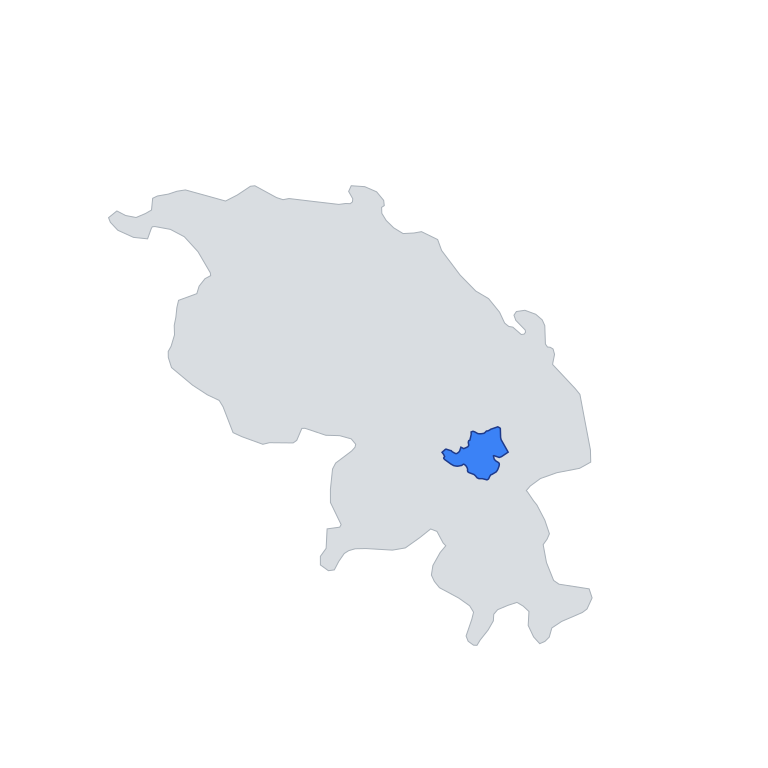 Glarus on a map of Switzerland (Robinson projection), rotated 51°
{"feature_id": "CHE-169", "entity_name": "Glarus", "entity_type": "Canton", "adm_level": 1, "iso_a3": "CHE", "parent_name": "Switzerland", "parent_adm1": "", "projection": "robinson", "projection_center": [9.033, 46.988], "detail": "fine", "context": "in_parent", "style": "filled", "palette": "blue", "viewbox_px": 768, "rotation_deg": 51, "n_neighbors": 0, "source": "natural_earth", "source_scale": "10m", "svg_char_len": 3752}
<svg xmlns="http://www.w3.org/2000/svg" viewBox="0 0 768 768"><g transform="rotate(51 384 384)"><path d="M561.1,262.9L565.2,265.1L574.8,272.5L572.6,285.1L561.7,305.5L555.9,321.9L555.3,334.5L556.4,340.5L558.4,340.4L568.9,341.3L574.2,341.3L591.0,344.7L604.5,349.7L607.2,354.9L609.0,361.4L625.0,370.1L643.4,375.8L649.7,374.0L672.3,353.5L681.2,356.9L686.6,367.8L686.4,373.6L680.3,395.4L679.2,407.1L684.7,414.9L685.3,420.9L683.8,426.4L674.7,426.9L662.4,423.9L652.0,414.5L644.2,415.6L637.4,418.1L634.0,427.0L630.9,437.7L632.0,443.6L636.9,448.1L640.7,457.9L643.5,470.4L645.6,476.2L643.3,478.8L636.9,480.5L631.5,478.8L622.1,463.8L617.7,458.0L610.3,457.0L597.2,460.7L577.2,469.1L569.1,469.1L562.3,467.4L555.8,460.2L550.3,446.4L548.6,437.8L544.7,438.1L531.9,435.6L526.0,439.0L525.9,453.1L524.8,470.6L518.4,482.0L500.5,501.6L493.9,510.1L491.3,516.3L490.7,521.6L493.4,530.8L497.2,539.6L494.1,544.7L484.6,547.3L477.9,541.9L475.3,532.4L460.8,519.4L467.4,508.5L466.3,505.8L442.4,500.2L432.1,491.9L417.7,477.5L415.0,471.3L415.7,451.2L414.9,446.3L413.0,443.9L406.0,444.0L396.2,451.0L387.2,461.5L368.7,473.3L366.8,475.8L372.9,487.3L372.6,491.7L357.5,510.0L354.6,516.1L335.5,527.6L326.8,531.9L300.4,523.4L293.1,522.4L281.2,528.1L264.5,533.5L237.5,538.8L227.6,534.9L222.9,531.2L220.7,525.7L214.0,515.9L206.4,510.1L201.2,503.8L194.2,496.8L189.7,491.0L196.0,472.6L191.6,466.1L189.5,456.8L190.7,450.5L188.3,449.0L164.1,445.3L143.9,446.5L129.4,452.7L117.5,462.9L116.0,465.1L116.7,467.0L122.4,476.4L112.4,486.4L97.0,494.1L86.2,494.9L81.4,493.4L81.4,482.7L90.4,478.8L98.6,471.9L101.4,462.1L102.5,455.2L94.1,446.9L95.3,441.8L100.7,432.1L103.9,423.6L108.2,416.2L125.1,404.1L142.1,392.0L144.8,379.1L146.3,363.3L148.7,359.6L171.5,350.2L177.2,346.5L180.1,341.1L198.2,323.5L216.0,306.1L219.6,300.2L222.6,296.8L222.6,293.9L220.4,291.7L212.1,290.3L209.3,284.7L218.5,274.8L230.0,268.8L241.1,268.7L245.5,271.5L245.2,274.7L250.0,278.3L258.3,279.4L268.7,278.2L279.1,274.5L285.5,265.7L289.2,259.0L305.5,251.4L316.5,255.2L347.2,256.3L369.5,254.2L383.5,249.0L400.9,249.0L412.5,251.9L414.6,251.5L417.8,250.8L420.9,248.1L431.9,246.2L433.4,243.8L432.9,241.5L431.0,240.3L417.5,241.5L412.3,239.7L411.0,235.5L415.4,228.1L425.3,222.2L433.7,220.7L439.8,222.3L454.5,233.4L458.1,233.7L460.1,231.7L463.2,230.6L468.3,232.8L474.0,239.7L475.0,240.7L508.0,238.3L515.4,238.3L537.8,250.4L561.1,262.9Z" fill="#d9dde1" stroke="#a8b0b8" stroke-width="1"/><path d="M481.5,364.0L484.4,362.7L485.0,360.7L485.5,358.5L485.3,357.4L484.8,356.6L482.6,355.4L482.0,354.8L481.4,353.9L481.4,353.4L481.7,352.8L481.7,352.6L478.0,347.9L476.1,346.5L476.7,344.6L478.3,343.6L481.6,342.3L482.8,341.1L483.8,339.8L485.2,337.4L485.3,336.2L485.0,334.0L485.6,333.1L485.9,332.5L486.3,330.6L486.3,329.6L488.9,322.5L491.0,321.6L491.8,321.6L498.9,327.0L500.9,328.0L515.1,330.4L514.4,338.4L513.6,340.7L509.0,343.5L508.7,343.9L508.7,344.2L511.2,345.4L512.1,345.7L514.6,345.4L516.1,344.8L517.1,344.5L518.1,344.4L519.2,345.1L520.3,346.4L522.1,349.5L522.6,351.0L522.9,352.2L522.2,357.0L522.1,357.4L521.8,358.0L521.9,358.6L522.4,360.1L523.4,362.1L523.6,362.7L523.3,364.3L519.5,367.1L517.3,369.8L516.5,370.2L515.4,370.7L512.9,370.7L511.0,371.0L506.4,373.7L505.0,374.1L503.9,373.7L503.3,373.0L502.3,372.4L501.0,372.0L498.8,371.8L497.5,372.1L496.6,372.4L496.3,372.8L496.2,373.4L496.2,374.7L496.0,375.3L495.6,375.8L495.3,376.5L494.9,377.3L494.2,378.5L493.2,379.6L491.3,381.2L488.3,382.4L480.8,384.4L479.5,384.4L479.0,384.1L478.7,383.0L478.5,382.5L477.8,382.4L476.4,382.0L473.6,381.9L473.5,378.7L473.4,377.8L473.6,376.8L477.1,374.5L477.8,374.0L478.1,373.7L478.5,373.7L479.0,373.7L479.6,373.6L482.4,372.5L483.4,371.9L483.9,371.0L484.0,369.3L483.9,368.3L483.6,367.2L483.3,366.8L481.5,364.0Z" fill="#3b82f6" stroke="#1e3a8a" stroke-width="1.5"/></g></svg>